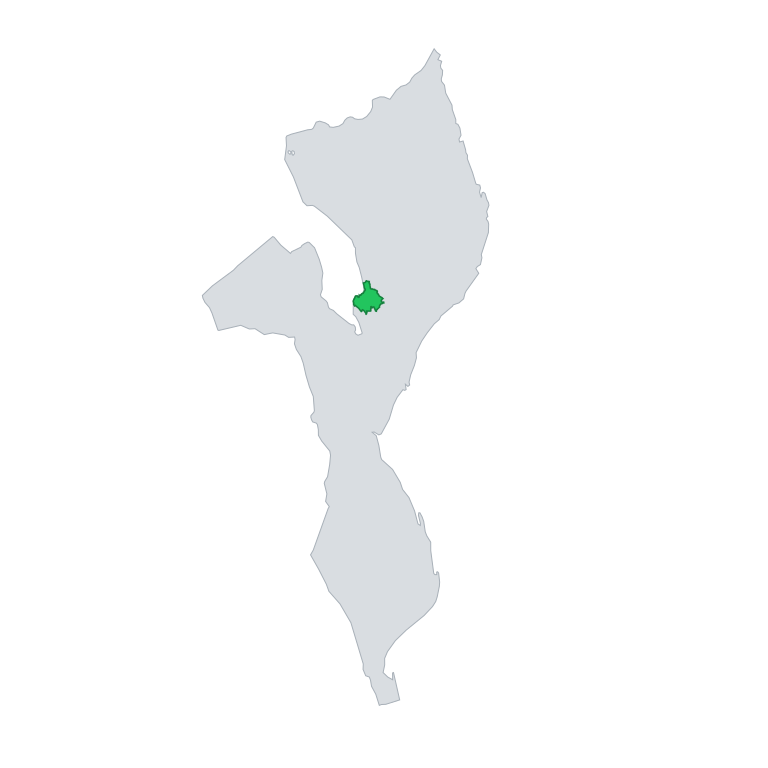 location of Milange, Zambezia, Mozambique, rotated 344°
{"feature_id": "85939544B24654814708458", "entity_name": "Milange", "entity_type": "district", "adm_level": 2, "iso_a3": "MOZ", "parent_name": "Mozambique", "parent_adm1": "Zambezia", "projection": "equal_earth", "projection_center": [35.856, -16.231], "detail": "fine", "context": "in_parent", "style": "filled", "palette": "green", "viewbox_px": 768, "rotation_deg": 344, "n_neighbors": 0, "source": "geoboundaries", "source_scale": "gbopen_adm2", "svg_char_len": 8215}
<svg xmlns="http://www.w3.org/2000/svg" viewBox="0 0 768 768"><g transform="rotate(344 384 384)"><path d="M266.3,528.0L270.2,524.2L296.0,488.3L297.6,486.8L295.5,480.8L298.8,473.9L299.2,463.0L300.2,461.3L304.2,457.6L309.6,446.4L313.0,437.7L313.4,433.5L308.4,421.7L306.8,415.3L308.3,409.8L308.8,404.6L308.1,402.9L305.0,400.8L304.5,398.5L304.5,395.7L305.1,394.2L308.8,391.8L309.7,390.5L312.6,376.5L311.5,366.1L311.4,354.1L312.1,341.7L311.7,334.7L309.3,326.6L309.0,320.7L310.8,316.7L311.0,314.2L305.2,312.9L302.2,309.6L291.1,304.2L282.5,303.5L275.3,295.3L269.7,294.0L262.5,288.1L240.0,287.0L239.2,286.4L238.2,268.4L237.3,262.5L234.4,256.2L233.6,251.7L233.8,248.8L246.2,242.3L270.7,233.1L276.0,230.0L317.7,211.6L318.9,212.7L323.1,222.1L330.1,232.7L331.8,231.3L341.8,229.6L343.3,228.2L346.3,227.2L349.8,226.6L351.1,227.3L354.8,233.9L356.1,246.2L356.2,254.5L355.8,260.5L352.8,267.3L350.7,276.0L347.5,280.7L347.6,282.9L351.2,288.1L352.0,290.3L351.8,294.8L352.4,296.6L355.6,299.3L358.0,303.6L367.0,316.1L369.3,318.3L371.2,318.8L372.1,321.3L371.6,324.2L370.2,325.8L370.7,328.1L372.4,330.0L376.6,329.6L377.1,328.8L376.8,317.9L375.4,311.5L373.6,308.5L377.1,296.6L379.0,293.3L385.8,292.0L388.9,290.8L390.2,289.4L391.2,285.6L392.0,275.1L392.3,265.1L391.6,259.3L392.6,250.5L394.1,245.1L393.3,244.0L392.8,236.6L375.8,207.1L366.1,193.9L364.5,192.6L359.1,191.4L356.3,186.6L354.0,160.1L350.4,140.9L355.9,128.2L357.8,120.0L358.9,118.8L363.7,118.3L380.6,118.6L384.7,119.3L386.6,118.5L391.0,113.6L394.6,113.6L399.5,116.8L402.1,119.6L402.6,121.9L405.9,123.3L411.9,123.7L416.3,122.4L419.1,119.6L422.0,118.1L425.1,117.9L427.3,118.9L428.9,121.0L431.9,122.5L436.3,123.4L441.1,122.1L446.3,118.5L449.3,114.7L450.9,108.3L451.9,107.5L459.2,106.9L463.2,108.1L468.2,112.0L476.9,105.0L482.4,102.6L487.6,102.6L491.9,100.9L495.3,97.5L498.8,95.3L506.1,92.8L511.0,89.3L524.6,75.6L526.1,79.5L528.8,83.2L525.2,87.1L528.4,89.7L526.0,93.5L525.7,96.1L526.8,98.7L525.3,103.0L523.2,106.4L522.7,108.9L524.5,113.4L523.5,121.4L526.2,134.7L525.3,139.1L525.9,149.6L524.8,153.4L526.6,154.7L527.5,158.9L526.6,166.1L523.6,169.2L523.3,172.2L527.0,172.2L527.0,181.4L526.5,184.1L527.3,187.1L526.2,190.5L527.4,205.1L527.5,215.7L527.7,217.4L530.9,219.2L530.8,222.1L528.7,225.9L528.8,231.6L531.1,227.1L532.5,227.1L533.7,228.9L533.7,235.3L534.4,238.5L534.1,241.2L530.2,246.5L530.0,251.7L528.5,252.3L527.8,253.6L528.8,256.5L528.7,259.1L526.1,267.2L513.2,286.4L512.9,289.7L509.6,295.8L506.1,296.8L504.1,298.4L505.6,303.7L488.5,317.3L486.8,319.2L484.0,324.1L478.4,326.7L472.3,327.0L471.3,328.1L457.5,334.3L454.8,337.3L448.9,340.0L439.7,346.7L432.1,353.1L423.5,362.7L422.4,367.8L418.3,374.6L412.2,382.5L408.6,389.1L408.4,392.0L406.3,392.9L404.5,390.1L403.7,395.5L402.2,395.8L400.6,394.7L393.0,400.4L387.3,406.8L379.3,419.3L367.6,431.2L365.0,431.5L361.3,427.4L359.3,427.1L362.3,431.6L362.1,441.7L360.7,453.4L360.9,456.0L368.7,468.5L372.5,483.0L372.8,490.5L376.7,500.1L378.4,514.5L378.1,527.8L379.9,530.0L380.6,528.1L380.9,519.7L381.9,517.4L383.0,517.7L384.0,522.3L384.3,527.1L382.9,537.5L383.3,541.8L385.3,548.9L383.0,557.1L379.6,579.8L380.4,581.3L382.2,581.8L382.8,579.3L383.8,579.3L384.4,580.8L382.9,589.7L381.5,593.6L376.5,603.2L373.8,607.3L369.3,611.3L358.7,617.6L337.5,626.7L324.2,633.8L313.6,642.2L309.0,647.9L307.2,654.3L303.6,661.1L306.8,666.7L310.8,670.7L312.6,664.1L313.6,664.0L312.0,692.0L297.5,692.4L293.2,691.4L290.9,691.6L290.6,679.9L288.7,671.2L289.4,664.9L289.1,661.6L286.0,659.4L285.2,652.6L286.9,647.4L286.4,604.3L281.1,583.3L273.9,568.1L273.4,560.6L270.1,543.8L266.3,528.0ZM359.7,139.1L361.4,137.9L361.7,135.7L360.5,134.6L359.5,134.9L359.0,138.4L359.7,139.1ZM358.4,135.1L357.0,133.4L356.0,133.9L355.6,135.3L356.7,137.1L357.9,137.1L358.4,135.1Z" fill="#d9dde1" stroke="#a8b0b8" stroke-width="1"/><path d="M400.6,309.0L401.0,308.8L400.9,308.5L401.0,308.2L401.3,307.6L401.5,307.2L401.8,307.2L402.3,306.7L402.5,306.7L402.8,306.2L403.1,306.3L403.7,306.2L404.0,306.2L404.4,306.0L404.5,306.0L404.8,306.2L405.0,306.1L405.3,306.0L405.6,305.9L405.8,305.8L406.0,305.9L406.0,305.7L406.3,305.5L406.4,305.3L406.3,305.2L406.2,305.1L405.8,305.1L405.3,304.9L405.0,304.9L404.8,304.8L404.6,304.7L404.4,304.5L404.2,304.2L404.2,303.7L404.3,303.2L404.5,302.8L404.7,302.7L404.8,302.7L405.0,302.6L405.2,302.4L405.3,302.2L405.9,301.8L406.2,301.6L406.5,301.6L406.3,301.2L406.2,300.9L405.9,300.5L405.7,300.2L405.4,300.1L405.2,299.7L404.8,299.4L403.9,298.3L403.7,298.2L403.6,297.9L403.6,297.3L403.4,296.8L403.4,296.5L403.4,296.4L403.2,296.4L403.1,296.2L403.0,295.9L403.0,295.6L402.9,295.3L402.9,295.2L402.6,295.1L402.6,294.7L402.4,294.4L402.5,294.0L402.5,293.8L402.5,293.6L402.8,293.5L403.0,293.5L403.1,293.4L403.1,293.2L403.0,292.9L403.0,292.5L403.0,292.3L402.7,292.1L402.3,291.9L402.2,291.8L401.8,291.6L401.6,291.4L401.3,291.1L401.3,290.9L401.1,290.9L401.0,290.6L400.7,290.7L400.4,290.5L400.4,290.3L400.3,290.2L400.2,290.2L399.8,290.0L399.7,290.0L399.5,289.9L399.3,289.7L399.0,289.6L398.9,289.5L398.8,289.3L398.6,289.4L398.4,289.3L398.2,289.2L397.9,289.2L397.7,288.9L397.5,288.6L397.3,288.5L397.3,288.2L397.4,287.8L397.5,287.6L397.4,287.3L397.6,287.1L397.5,286.7L397.6,285.7L397.7,285.3L397.8,284.6L398.0,284.3L397.9,284.2L397.7,284.0L397.7,283.9L397.7,283.7L397.9,283.2L397.6,282.9L397.5,282.7L397.6,282.3L397.6,282.2L397.8,282.1L397.8,281.9L397.9,281.7L398.0,281.6L398.1,281.4L397.1,281.0L396.8,280.7L396.7,280.7L396.4,280.6L396.0,280.7L395.8,280.6L395.7,280.7L395.7,280.9L395.5,280.3L395.5,280.0L395.4,280.0L395.0,280.1L394.9,280.2L394.9,280.3L394.6,280.7L394.1,281.2L392.0,281.2L391.9,284.4L391.8,284.6L391.8,284.9L391.8,285.1L391.7,285.6L391.6,285.9L391.7,286.2L391.7,286.9L391.7,287.1L391.9,287.1L392.0,287.3L392.0,287.7L392.0,287.9L391.9,288.5L391.7,288.7L391.3,288.9L390.9,289.3L390.6,289.3L390.5,289.8L390.4,289.9L390.2,290.0L389.8,290.2L389.6,290.2L389.6,290.3L389.4,290.4L389.3,290.6L388.9,290.8L388.9,291.1L388.6,291.1L388.4,291.1L388.1,291.2L387.9,291.0L387.7,291.0L387.3,291.2L387.0,291.4L386.6,291.6L386.6,291.8L386.4,291.9L386.4,292.0L386.2,292.0L385.7,292.1L385.7,292.3L385.4,292.3L385.3,292.0L385.2,292.0L384.9,292.1L385.0,292.3L384.9,292.3L384.7,291.9L384.6,292.2L384.3,292.5L384.2,292.8L384.2,293.1L384.1,293.3L384.0,293.2L383.9,293.2L383.9,293.4L383.7,293.6L383.6,293.4L383.4,293.2L383.1,293.2L382.9,293.1L383.0,293.0L383.0,292.9L382.7,292.6L382.7,292.3L382.6,292.2L382.6,291.9L382.4,291.8L382.0,291.8L381.7,291.7L381.2,291.5L380.9,291.6L380.8,291.8L380.6,291.9L380.4,291.9L380.3,292.1L380.2,292.2L380.1,292.6L380.0,292.8L379.8,293.1L379.5,293.1L379.4,293.2L379.3,293.4L379.2,293.6L378.7,293.9L378.6,294.1L378.6,294.4L378.2,294.6L378.0,294.8L377.8,295.0L377.7,295.2L377.6,295.3L377.6,295.6L377.5,295.8L377.4,295.9L377.3,296.0L377.2,296.0L377.2,296.3L377.1,296.6L377.3,297.4L377.1,297.7L377.2,298.1L377.0,298.3L376.9,298.7L376.9,298.9L376.8,299.0L376.7,299.3L376.7,299.5L376.8,299.6L377.0,300.0L377.4,300.3L377.4,300.5L377.3,300.9L377.5,300.9L377.7,300.7L377.8,300.7L378.0,300.6L378.1,300.8L378.3,301.0L380.6,304.3L381.0,305.3L381.1,305.8L381.2,306.0L381.4,306.4L381.5,306.6L381.6,306.9L382.0,307.8L382.1,308.1L382.3,308.1L382.7,308.0L382.8,307.9L382.8,307.4L383.1,307.2L383.3,307.0L383.7,306.7L384.7,307.6L384.8,307.7L385.0,308.2L385.1,308.4L385.2,308.8L385.4,309.2L385.5,309.5L386.1,311.1L386.1,311.3L385.9,311.8L386.0,312.0L386.2,311.9L386.4,311.8L386.6,311.7L386.8,311.2L386.8,310.9L387.2,310.7L387.3,310.5L387.2,310.2L387.4,310.1L387.5,309.9L387.5,309.6L387.5,309.3L387.5,309.1L388.7,309.5L389.9,309.8L390.4,310.0L390.9,310.1L391.3,310.2L391.7,309.5L391.9,308.7L391.8,308.3L391.8,308.2L392.0,308.0L392.4,307.5L392.5,307.5L392.4,307.3L392.3,307.2L392.8,306.0L393.0,306.0L393.1,306.3L393.3,306.5L393.3,306.8L393.5,306.9L393.5,307.3L393.6,307.5L393.8,307.4L394.1,307.2L394.4,307.1L394.5,307.0L395.0,307.0L395.3,307.1L395.4,307.3L395.5,307.3L395.5,307.5L395.9,308.6L395.9,308.8L395.6,308.8L395.6,309.0L395.8,309.1L395.9,309.9L396.0,310.2L396.0,310.6L395.9,310.9L395.9,311.0L396.1,311.2L396.0,311.4L396.1,311.6L396.4,311.8L396.6,311.9L396.6,311.6L396.7,311.4L397.0,311.1L397.1,310.9L397.2,311.0L397.3,311.0L397.5,310.7L397.8,310.6L397.9,310.4L398.2,310.4L398.7,309.9L399.2,309.8L400.4,309.1L400.6,309.0Z" fill="#22c55e" stroke="#15803d" stroke-width="1.5"/></g></svg>